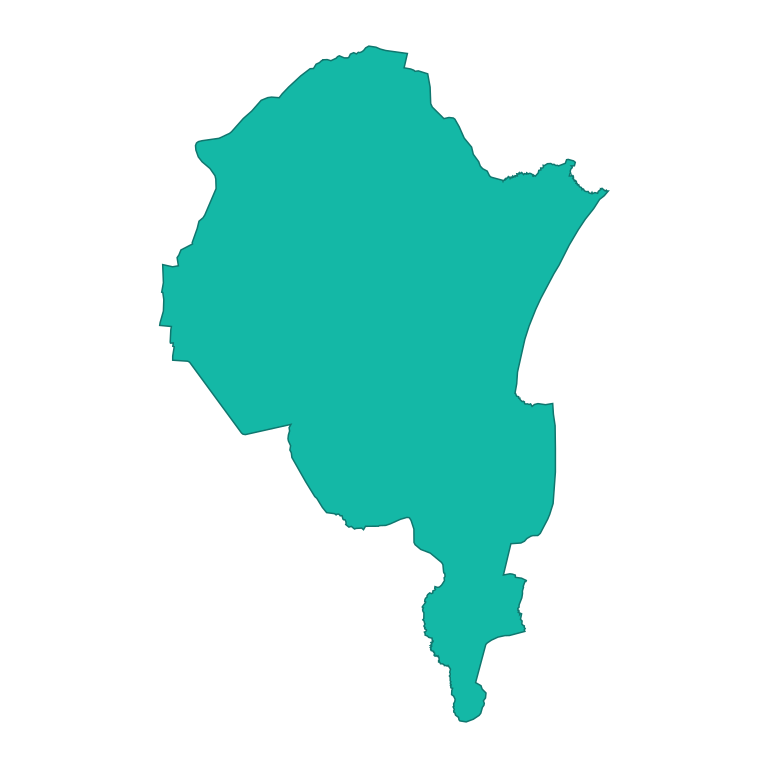 Tha Tako, Nakhon Sawan, Thailand (Natural Earth projection)
{"feature_id": "78962969B77286306001926", "entity_name": "Tha Tako", "entity_type": "district", "adm_level": 2, "iso_a3": "THA", "parent_name": "Thailand", "parent_adm1": "Nakhon Sawan", "projection": "natural_earth1", "projection_center": [100.504, 15.619], "detail": "fine", "context": "isolated", "style": "filled", "palette": "teal", "viewbox_px": 768, "rotation_deg": 0, "n_neighbors": 0, "source": "geoboundaries", "source_scale": "gbopen_adm2", "svg_char_len": 6091}
<svg xmlns="http://www.w3.org/2000/svg" viewBox="0 0 768 768"><path d="M162.7,264.6L163.4,282.7L161.7,292.2L162.8,292.5L163.8,299.7L163.4,311.1L160.1,322.7L159.7,325.4L171.4,326.5L170.8,329.9L170.2,342.1L170.5,343.1L173.3,343.0L172.8,346.3L174.2,346.8L172.7,356.1L172.7,360.2L187.7,361.2L189.6,362.2L241.5,433.0L243.0,434.2L245.4,434.6L290.9,424.4L289.1,427.7L289.6,431.0L288.4,435.0L288.0,438.7L288.4,440.9L290.6,445.7L289.9,450.0L291.3,452.8L291.9,457.5L305.7,481.8L314.8,496.6L316.8,498.3L322.5,507.6L326.6,512.6L334.6,513.7L336.1,514.9L336.8,514.2L338.4,514.1L339.3,514.5L340.2,515.8L342.0,515.7L342.9,519.0L343.5,519.7L344.9,519.7L345.9,521.5L346.1,523.7L345.7,524.5L348.9,527.1L351.3,526.4L354.5,529.0L356.1,528.4L361.7,528.1L363.5,529.7L365.5,526.3L378.6,526.2L379.3,525.6L385.7,525.4L390.4,523.8L400.4,519.3L406.9,517.4L409.4,517.7L411.1,520.5L413.9,529.1L414.0,542.4L415.1,544.7L420.7,549.4L430.3,553.1L441.6,562.5L442.9,564.6L443.6,572.0L444.0,573.1L444.7,573.3L445.1,576.5L444.1,577.8L444.5,580.6L441.6,585.1L439.4,587.1L437.5,587.4L435.0,586.6L434.7,588.4L435.5,589.2L434.8,590.1L432.9,590.9L432.8,592.9L431.5,593.6L429.7,592.9L427.7,594.6L427.0,595.9L427.1,597.0L425.5,598.3L424.9,599.8L424.7,601.5L425.6,601.7L425.6,602.3L422.3,606.8L422.4,607.6L423.4,607.9L422.6,609.8L423.1,611.7L423.8,612.3L423.9,613.9L423.8,618.7L422.8,619.8L424.2,621.2L424.5,623.1L425.1,623.9L423.9,626.1L425.1,627.5L424.6,627.8L424.9,629.0L426.4,629.7L426.5,630.3L425.8,631.5L424.4,632.1L425.2,633.7L425.1,635.1L427.5,636.1L428.8,637.4L432.1,638.2L432.2,640.2L433.2,641.1L432.6,642.2L432.1,641.9L430.9,642.5L431.9,643.9L431.0,644.8L431.6,645.8L430.4,645.8L431.2,646.7L431.0,647.6L430.4,647.7L430.9,648.4L430.7,649.5L431.2,649.7L431.1,650.5L433.6,651.4L433.5,652.0L434.6,653.1L434.3,654.1L434.7,654.4L434.1,655.2L434.6,655.9L435.7,656.1L436.4,655.6L437.1,656.3L438.0,655.8L438.3,657.0L438.9,657.2L439.2,660.7L438.6,660.7L438.6,662.0L439.8,662.3L440.5,663.8L442.5,663.8L444.2,664.9L444.4,665.6L446.1,665.5L447.1,666.1L448.0,665.4L450.5,669.1L449.7,672.4L450.2,673.4L450.2,675.0L449.4,676.0L450.2,677.3L450.2,680.8L450.9,681.8L450.3,683.0L450.5,684.1L451.1,684.5L450.5,685.5L451.0,685.8L450.7,687.0L451.1,688.0L452.6,688.3L451.8,690.4L451.6,694.6L453.6,696.1L455.1,699.2L454.8,701.5L453.6,703.8L453.9,706.4L453.1,706.9L454.3,709.4L453.7,710.8L453.8,712.1L454.9,712.9L455.5,715.1L458.5,717.4L459.0,719.8L459.9,720.9L466.2,721.9L473.4,719.2L479.2,715.3L480.8,713.2L482.4,707.4L483.9,705.3L484.3,703.4L483.4,700.8L485.5,698.0L486.0,693.0L482.1,689.0L481.0,685.7L475.6,682.6L485.8,644.5L487.3,642.9L491.5,640.1L498.0,637.1L504.9,635.6L509.4,635.5L524.9,631.4L524.2,629.9L525.2,628.6L524.2,627.4L524.3,625.9L522.9,625.2L521.8,623.9L522.1,621.0L520.5,619.3L521.6,613.8L520.5,613.3L519.7,614.3L519.8,613.1L518.4,612.4L519.0,611.8L519.0,610.8L518.7,610.3L518.0,610.5L517.8,608.4L519.0,607.3L519.1,604.8L521.8,597.9L522.5,593.6L522.4,591.0L523.5,587.2L523.2,586.4L524.9,581.7L525.9,581.5L526.3,580.5L521.6,578.2L515.4,577.3L515.3,575.1L512.3,574.1L509.9,573.8L503.4,575.0L510.9,543.7L520.9,543.0L524.5,541.2L526.9,538.5L530.8,536.2L532.8,535.6L537.8,535.5L538.7,534.8L540.3,533.3L547.7,519.2L549.7,514.4L553.1,503.6L555.4,472.1L555.4,448.4L555.1,425.7L553.4,414.2L552.7,403.5L545.5,404.7L537.9,403.6L534.4,404.5L532.1,406.4L530.6,403.9L529.1,404.5L527.6,403.9L525.1,404.0L524.4,403.0L524.4,401.9L523.2,401.2L522.1,401.6L519.9,399.4L519.9,398.2L518.7,398.1L518.6,396.7L516.6,396.2L515.5,393.4L515.0,393.3L516.7,383.8L517.5,372.1L524.9,339.1L529.1,326.0L535.8,309.2L540.9,298.2L553.9,273.7L559.1,265.1L569.2,245.1L578.3,229.7L585.3,219.2L593.7,208.6L599.6,199.4L604.3,195.7L608.3,191.0L606.2,190.9L606.2,190.3L605.1,190.9L602.0,188.3L601.4,188.9L600.6,188.7L600.7,189.4L598.3,191.4L597.6,193.3L594.9,192.6L592.6,193.6L592.0,192.3L591.3,193.6L589.0,192.9L588.2,191.5L586.1,191.6L584.4,190.8L583.5,189.1L582.5,188.8L582.0,189.5L581.4,187.5L579.4,186.7L578.7,184.7L577.5,184.9L577.3,183.8L576.0,183.3L576.6,182.3L576.1,181.1L575.4,180.6L575.2,181.2L574.4,181.0L574.3,180.0L573.4,179.3L573.5,178.4L572.8,178.2L573.8,176.6L573.3,176.9L573.1,175.9L572.4,176.2L571.8,175.3L570.9,176.0L569.3,176.0L569.9,173.7L570.8,173.8L570.2,171.3L570.8,169.1L572.2,167.7L572.1,166.7L571.3,165.9L574.4,165.8L575.3,162.3L573.6,160.9L568.2,159.4L566.6,159.7L565.3,163.3L558.5,165.9L557.5,165.3L555.8,165.5L554.0,164.3L552.6,164.6L550.8,163.5L547.4,163.7L544.4,165.6L543.2,165.3L543.4,167.2L542.7,168.0L540.7,168.0L540.9,169.9L538.8,170.4L538.2,173.0L535.3,176.2L534.2,175.5L533.6,176.0L533.3,175.1L532.8,175.6L532.7,174.7L530.7,173.5L529.4,173.3L528.3,173.9L526.7,172.9L526.6,174.1L524.5,173.6L523.6,174.6L521.7,172.5L520.8,173.4L520.1,173.4L519.8,172.8L519.5,173.4L519.0,173.1L518.8,174.0L516.8,173.8L517.3,175.9L515.1,175.7L515.0,176.7L514.1,176.3L513.7,176.9L512.9,176.3L513.0,177.2L512.3,177.6L511.8,177.1L511.5,177.8L510.5,177.8L510.2,178.3L509.9,177.1L509.2,177.5L508.3,176.6L507.4,178.0L505.8,178.4L505.9,179.2L505.0,179.2L504.8,178.6L504.8,180.2L503.4,180.3L503.0,181.3L502.6,180.3L491.2,177.2L489.5,175.8L487.2,171.1L482.7,168.7L480.3,166.1L478.7,161.7L473.3,154.3L471.6,147.1L464.2,138.1L459.2,126.8L454.9,119.2L453.3,118.0L449.0,117.5L443.9,118.6L432.3,107.1L430.7,103.6L430.1,87.1L427.7,73.8L418.4,70.9L415.0,71.3L413.8,70.2L410.7,69.0L404.1,67.8L407.4,53.5L385.7,50.5L380.4,49.1L376.0,47.2L368.8,46.1L365.6,47.9L363.6,50.5L361.6,51.9L359.8,52.6L358.3,52.3L356.5,53.9L353.7,52.7L350.4,54.1L348.9,57.2L347.8,57.9L344.3,57.9L339.3,55.8L337.5,56.7L336.2,58.2L330.9,60.7L327.2,59.6L322.7,59.8L322.6,60.4L321.6,60.6L319.5,62.6L316.1,64.2L313.5,68.5L310.1,68.7L300.7,75.9L288.8,86.9L282.2,93.8L279.2,97.7L271.6,97.1L267.8,97.6L261.2,100.3L251.7,111.1L243.3,118.5L231.5,131.8L229.5,133.4L219.0,138.3L202.1,140.7L198.4,141.6L196.5,143.0L195.5,145.6L195.9,150.1L198.3,156.9L202.1,161.8L210.0,168.5L215.0,175.7L215.8,179.1L216.1,188.6L204.8,215.0L203.0,217.8L199.0,221.2L197.2,228.5L192.2,242.6L192.5,244.0L181.0,249.9L178.8,255.2L177.1,257.6L178.4,265.8L172.6,266.8L162.7,264.6Z" fill="#14b8a6" stroke="#0f766e" stroke-width="1.5"/></svg>